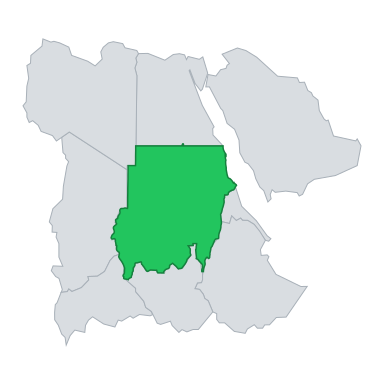 Sudan shown with its bordering countries
{"feature_id": "SDN", "entity_name": "Sudan", "entity_type": "country or territory", "adm_level": 0, "iso_a3": "SDN", "parent_name": "Africa", "parent_adm1": "", "projection": "equal_earth", "projection_center": [30.131, 15.434], "detail": "fine", "context": "with_neighbors", "style": "filled", "palette": "green", "viewbox_px": 384, "rotation_deg": 0, "n_neighbors": 8, "source": "natural_earth", "source_scale": "50m", "svg_char_len": 9482}
<svg xmlns="http://www.w3.org/2000/svg" viewBox="0 0 384 384"><path d="M127.0,169.7L126.9,209.4L120.5,208.7L114.9,222.3L116.4,224.7L113.9,227.8L114.7,231.9L111.9,239.9L114.6,239.3L116.1,243.2L116.2,249.1L118.9,252.1L118.8,254.5L114.0,256.2L110.1,260.4L104.6,271.4L97.4,276.2L88.0,276.5L88.7,280.0L81.4,287.6L71.9,291.5L68.8,289.0L67.3,291.6L61.1,292.4L62.3,289.6L59.0,278.4L55.7,276.6L51.3,270.7L53.1,265.9L62.8,266.3L58.9,257.1L58.9,243.6L56.1,237.1L56.9,232.4L52.1,232.1L52.3,225.6L49.3,221.9L52.9,208.7L62.6,199.2L63.4,186.2L66.9,166.0L68.6,161.7L65.6,158.3L65.6,155.2L63.0,152.6L61.7,137.3L69.3,132.0L127.0,169.7Z" fill="#d9dde1" stroke="#a8b0b8" stroke-width="1"/><path d="M152.6,314.7L150.1,315.8L139.5,314.5L133.1,318.2L130.1,316.0L121.7,321.1L118.2,320.1L114.9,327.0L103.7,324.0L92.6,316.8L88.5,320.1L85.5,325.3L84.8,332.4L74.8,330.1L70.2,335.5L66.2,345.1L65.1,337.4L61.7,334.1L58.3,325.2L54.7,319.8L54.6,312.5L55.3,304.6L57.1,302.7L61.1,292.4L67.3,291.6L68.8,289.0L71.9,291.5L81.4,287.6L88.7,280.0L88.0,276.5L97.4,276.2L104.6,271.4L110.1,260.4L114.0,256.2L118.8,254.5L119.6,258.9L123.9,265.2L123.1,276.8L135.6,288.3L135.6,291.6L143.8,301.3L145.7,307.4L151.4,311.5L152.6,314.7Z" fill="#d9dde1" stroke="#a8b0b8" stroke-width="1"/><path d="M220.7,221.4L219.9,217.3L223.6,195.9L225.9,192.8L231.4,191.2L235.0,185.5L241.7,206.3L256.3,220.7L267.1,235.7L270.9,238.7L268.7,241.2L265.4,240.3L254.2,224.4L247.7,220.4L242.5,220.3L240.7,218.1L236.3,220.5L231.7,215.9L229.5,223.5L220.7,221.4Z" fill="#d9dde1" stroke="#a8b0b8" stroke-width="1"/><path d="M208.0,74.5L215.9,76.0L220.6,69.7L226.0,68.4L227.1,65.2L229.4,63.6L222.1,54.2L237.4,48.0L246.0,50.6L256.7,57.2L277.6,76.2L297.4,77.9L299.4,82.5L304.5,82.2L307.8,90.5L311.4,92.7L312.9,96.0L318.0,100.1L319.3,110.6L323.9,118.8L326.2,120.8L328.2,120.1L333.5,136.0L355.8,140.9L357.2,138.9L361.0,145.8L357.2,165.6L335.5,175.5L314.3,179.3L307.6,183.8L302.6,194.3L299.2,196.0L297.2,192.6L285.8,191.1L275.2,192.3L272.1,189.7L270.2,194.6L271.1,198.8L267.9,202.0L263.8,190.7L259.9,187.1L255.8,178.8L253.5,170.7L248.2,163.8L244.9,162.2L239.8,152.8L239.0,140.1L234.6,129.3L227.1,123.4L222.8,110.6L220.7,108.4L209.4,86.9L205.8,86.9L208.0,74.5Z" fill="#d9dde1" stroke="#a8b0b8" stroke-width="1"/><path d="M223.0,145.8L135.9,145.8L136.9,75.7L134.9,68.0L136.9,62.2L135.8,58.1L138.5,53.6L147.9,53.4L164.9,60.2L173.3,54.5L179.5,53.7L184.6,54.9L186.5,59.6L188.1,56.5L199.3,59.3L202.8,56.9L207.7,73.2L202.4,89.2L200.8,90.9L195.1,83.5L189.9,69.8L189.1,70.7L202.3,105.4L214.1,126.9L212.7,128.6L213.0,135.0L223.0,145.8Z" fill="#d9dde1" stroke="#a8b0b8" stroke-width="1"/><path d="M136.9,75.7L135.7,165.5L127.2,165.6L127.0,169.7L69.3,132.0L56.4,141.0L52.5,135.6L41.1,131.4L38.2,125.3L32.7,120.7L29.2,122.5L26.9,117.1L26.9,112.9L23.0,105.8L26.2,101.8L26.9,86.1L28.7,78.3L26.9,65.5L30.5,63.3L30.9,55.4L42.0,46.1L42.9,38.9L50.9,42.1L53.9,41.3L59.7,42.9L68.8,47.1L71.6,55.4L87.7,61.2L95.1,65.9L102.2,59.1L100.8,51.9L103.2,47.3L108.4,42.9L113.3,41.7L122.7,43.6L125.0,47.8L136.8,50.5L138.5,53.6L135.8,58.1L136.9,62.2L134.9,68.0L136.9,75.7Z" fill="#d9dde1" stroke="#a8b0b8" stroke-width="1"/><path d="M307.2,286.4L286.1,317.1L276.3,317.5L269.5,324.8L264.7,324.9L262.6,328.2L257.4,328.2L254.3,324.7L247.4,329.0L245.2,333.3L234.3,331.4L224.6,322.8L219.3,322.8L216.7,319.4L216.7,313.6L212.8,311.9L208.2,300.8L204.8,298.5L203.4,294.4L199.6,289.4L194.9,288.7L197.5,282.9L201.5,282.6L204.7,259.7L208.2,256.9L212.1,245.0L216.6,240.0L220.7,221.4L229.5,223.5L231.7,215.9L236.3,220.5L240.7,218.1L242.5,220.3L247.7,220.4L254.2,224.4L259.6,231.1L265.4,240.3L260.4,249.6L261.2,255.4L267.2,254.9L268.9,256.7L267.3,260.3L276.0,274.4L300.9,286.5L307.2,286.4Z" fill="#d9dde1" stroke="#a8b0b8" stroke-width="1"/><path d="M178.9,332.4L172.2,325.6L170.4,321.2L160.6,324.4L157.2,323.2L151.4,311.5L145.7,307.4L143.8,301.3L135.6,291.6L135.6,288.3L126.3,280.2L131.3,277.1L135.4,263.3L140.8,261.9L145.9,270.7L148.0,271.5L150.7,269.8L156.2,270.1L157.2,272.2L164.8,272.2L165.0,270.1L168.9,268.2L169.7,265.3L172.5,263.2L178.9,269.1L182.8,268.0L190.7,255.1L190.0,249.1L188.2,246.1L192.7,245.6L193.2,243.3L196.7,244.0L195.8,251.5L196.7,258.8L200.6,262.8L201.5,271.4L202.5,271.6L202.6,279.5L201.5,282.6L197.5,282.9L194.9,288.7L199.6,289.4L203.4,294.4L204.8,298.5L208.2,300.8L212.8,311.9L198.3,329.5L193.0,329.5L186.9,331.9L182.0,329.6L178.9,332.4Z" fill="#d9dde1" stroke="#a8b0b8" stroke-width="1"/><path d="M203.4,271.6L202.0,271.6L201.9,271.6L201.9,271.4L201.8,271.1L201.8,270.7L201.8,269.9L202.0,269.0L202.5,267.7L202.4,267.2L202.4,266.7L202.4,266.0L202.4,265.8L202.4,265.6L202.4,265.4L202.1,264.3L201.9,264.1L198.7,260.5L198.1,259.6L197.9,259.4L196.2,258.6L196.2,258.4L196.4,257.8L196.5,257.7L195.7,250.0L195.7,249.8L195.7,249.7L195.8,249.7L196.0,249.3L196.0,249.0L196.1,248.9L196.2,247.6L196.2,246.4L196.6,244.5L196.6,243.6L193.0,243.6L193.0,243.8L193.0,244.2L193.0,244.3L193.1,244.9L193.1,245.2L193.2,245.4L193.2,245.5L188.2,245.8L190.1,248.7L190.2,248.8L190.2,249.0L190.3,250.1L190.2,251.7L190.2,252.8L190.3,253.5L190.8,254.8L190.8,255.1L190.7,255.4L187.1,259.4L187.0,259.6L186.6,261.2L186.1,262.2L185.9,262.5L185.1,263.9L181.8,268.2L181.3,268.4L179.7,268.6L178.8,268.6L178.7,268.6L178.5,268.8L178.4,268.9L178.1,268.7L176.1,266.3L172.6,263.3L172.2,263.6L170.2,264.9L169.8,265.2L169.6,265.5L169.6,266.9L169.2,267.7L168.6,268.5L166.8,269.0L165.9,269.4L165.0,270.1L164.9,270.2L164.5,270.7L163.8,271.6L163.7,272.3L163.8,273.0L157.8,272.9L157.4,272.4L156.6,270.2L155.9,270.3L150.5,270.0L149.7,270.3L148.1,271.2L147.3,271.4L146.5,270.9L143.6,266.5L143.0,265.9L142.8,265.6L142.4,264.9L141.8,264.4L141.6,264.1L141.5,263.6L141.5,262.6L141.3,262.0L140.9,261.8L137.0,262.9L136.4,262.8L135.6,262.9L135.3,263.1L135.0,263.7L134.9,264.3L134.9,264.9L134.8,265.6L134.5,266.2L133.4,267.7L133.2,268.4L133.2,270.1L133.1,270.9L133.0,271.3L132.5,272.0L132.3,272.3L132.2,272.8L132.2,273.9L132.1,274.5L131.5,275.8L131.4,276.2L131.3,277.2L131.2,277.4L129.5,278.2L128.8,278.7L128.4,279.4L128.3,279.7L127.5,279.4L126.6,279.2L124.8,279.0L124.0,278.7L123.7,278.2L123.8,276.9L123.6,276.6L123.3,276.4L123.1,275.8L123.2,275.1L124.2,273.6L124.4,272.8L124.5,270.0L124.6,269.1L124.6,267.9L123.8,265.8L123.2,264.3L122.1,262.2L121.7,261.5L119.5,258.5L119.3,258.0L118.7,256.8L119.0,255.7L119.3,254.0L119.4,253.3L119.2,252.5L118.7,251.9L118.2,251.8L118.0,251.5L117.6,251.1L117.1,250.7L116.8,250.1L116.5,249.2L116.7,245.9L116.6,245.5L116.1,245.4L115.9,245.1L116.0,244.5L115.7,242.7L115.3,241.1L115.5,240.3L115.1,239.1L114.2,238.6L113.3,238.8L112.4,239.0L111.9,239.0L111.5,238.7L111.3,238.3L111.1,237.8L111.3,237.1L111.8,235.7L112.4,234.6L113.7,233.5L114.0,233.0L114.2,232.4L114.3,231.7L114.2,230.9L114.1,230.3L113.7,229.4L113.4,228.3L113.4,227.6L113.5,227.1L113.9,226.5L114.6,225.8L114.7,225.7L115.1,225.3L115.5,225.1L116.4,224.3L116.6,224.0L116.6,223.6L116.4,223.2L116.0,222.7L115.9,222.2L115.8,221.2L115.7,220.5L115.5,220.1L115.8,219.7L116.2,219.2L116.7,218.9L117.4,218.7L117.7,218.3L117.8,217.7L117.8,217.0L118.1,216.6L118.4,215.6L118.7,215.1L119.2,214.6L119.7,213.9L119.9,213.1L120.0,212.4L119.8,210.2L120.3,209.2L121.1,208.5L122.1,208.5L123.7,208.4L124.8,208.0L125.6,208.0L127.4,208.5L127.5,208.4L127.6,207.7L127.7,206.2L127.7,201.7L127.7,197.3L127.8,192.8L127.8,188.3L127.9,183.9L128.0,179.4L128.0,175.0L128.1,170.6L128.1,169.3L128.1,168.1L128.1,166.9L128.1,165.6L129.9,165.6L131.8,165.6L133.6,165.6L135.4,165.6L135.5,165.6L135.6,160.6L135.6,155.7L135.7,150.8L135.7,145.9L138.6,145.9L141.4,145.9L144.2,145.9L147.0,145.9L149.8,145.9L152.6,145.9L155.4,145.9L158.2,145.9L161.0,145.9L163.8,145.9L166.6,145.9L169.4,145.9L172.2,145.9L175.0,145.9L177.8,145.9L180.6,145.9L181.5,145.9L181.8,145.8L182.6,144.0L182.9,143.8L183.3,143.9L183.5,144.4L183.3,145.0L183.1,145.9L184.5,145.9L186.9,145.9L189.3,145.9L191.7,145.9L194.1,145.9L196.5,145.9L198.9,145.9L201.3,145.9L203.8,145.9L206.2,145.9L208.6,145.9L211.0,145.9L213.4,145.9L215.8,145.9L218.2,145.9L220.6,145.9L223.0,145.9L223.1,148.1L223.5,149.9L224.7,152.5L225.7,153.8L226.0,154.6L226.0,155.0L226.0,155.3L225.7,154.9L225.2,154.7L225.2,155.9L225.3,156.7L225.4,158.3L225.9,160.1L225.6,161.7L225.7,164.4L226.2,167.6L226.2,169.7L227.1,174.6L227.9,177.3L228.4,178.0L228.9,178.3L229.9,178.6L231.3,179.9L232.5,181.4L232.9,182.2L233.4,183.0L233.8,182.8L234.0,182.6L234.4,183.3L236.2,184.7L236.5,185.4L235.9,186.1L235.2,187.2L235.0,187.7L234.9,188.0L234.8,188.3L234.6,188.6L234.2,189.1L234.0,189.3L233.9,189.6L233.7,189.8L233.4,189.8L233.2,190.0L232.8,190.2L232.2,190.1L231.7,190.3L231.5,190.5L231.1,190.8L230.6,190.8L230.0,191.3L229.5,191.8L228.9,192.1L228.7,192.2L228.5,192.6L228.1,194.4L227.7,194.8L227.2,194.9L226.5,194.9L226.0,195.1L225.1,194.9L224.8,194.9L224.7,195.3L224.5,196.8L224.6,197.5L224.3,198.2L223.9,199.2L224.1,200.9L224.1,202.5L223.5,205.0L223.4,205.5L222.8,207.5L222.5,208.2L221.7,211.9L221.3,213.0L220.6,214.2L220.8,216.1L221.0,218.2L221.2,220.1L221.5,223.0L220.9,225.7L220.9,227.2L220.5,229.4L220.2,230.4L219.9,231.0L219.7,231.6L219.2,233.0L218.8,234.8L218.7,236.6L218.7,237.7L218.6,238.2L218.5,238.5L217.6,238.7L216.3,238.9L215.6,239.1L215.2,239.5L214.6,240.4L213.6,242.8L213.0,244.2L212.1,246.3L211.0,247.7L210.8,248.4L210.7,249.7L210.3,251.7L209.9,253.2L210.0,254.3L209.7,256.3L209.7,257.3L209.4,257.9L208.9,258.4L208.5,258.5L207.8,257.9L207.3,257.3L207.0,257.2L206.6,257.6L206.0,258.1L205.3,259.4L204.8,260.8L205.1,263.6L205.1,264.2L205.0,264.8L204.2,266.9L204.0,267.6L203.7,268.9L203.4,271.1L203.4,271.6Z" fill="#22c55e" stroke="#15803d" stroke-width="1.5"/></svg>